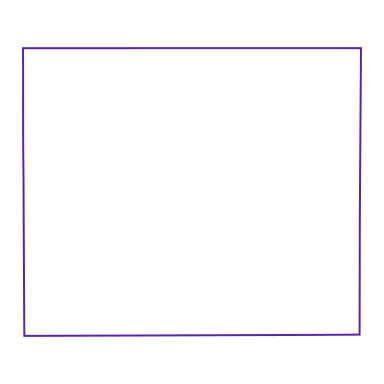 outline of Sherman, Kansas, United States of America
{"feature_id": "52423323B41294654491036", "entity_name": "Sherman", "entity_type": "district", "adm_level": 2, "iso_a3": "USA", "parent_name": "United States of America", "parent_adm1": "Kansas", "projection": "mercator", "projection_center": [-101.862, 39.351], "detail": "fine", "context": "isolated", "style": "outline", "palette": "violet", "viewbox_px": 384, "rotation_deg": 0, "n_neighbors": 0, "source": "geoboundaries", "source_scale": "gbopen_adm2", "svg_char_len": 312}
<svg xmlns="http://www.w3.org/2000/svg" viewBox="0 0 384 384"><path d="M23.0,48.2L23.1,67.6L23.1,69.1L23.1,89.3L23.2,144.2L23.2,147.6L23.3,157.3L23.5,177.0L23.7,223.7L24.3,333.4L24.4,335.9L315.4,334.9L359.6,334.6L359.8,220.0L361.0,48.1L348.3,48.1L23.0,48.2Z" fill="none" stroke="#5b21b6" stroke-width="2"/></svg>